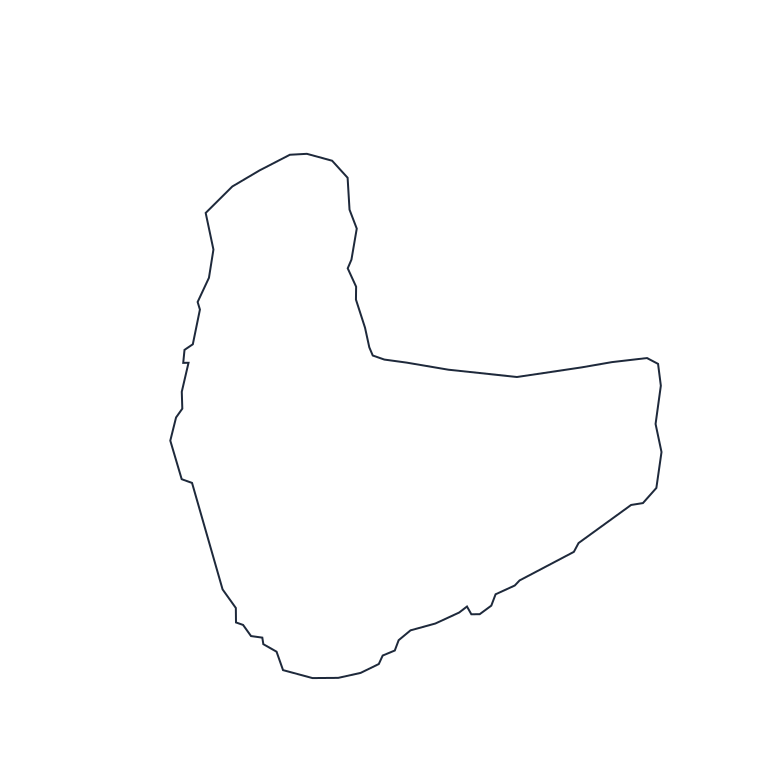 the district of Fono, Federated States of Micronesia, rotated 240°
{"feature_id": "79324940B33522966184784", "entity_name": "Fono", "entity_type": "district", "adm_level": 2, "iso_a3": "FSM", "parent_name": "Federated States of Micronesia", "parent_adm1": "", "projection": "equal_earth", "projection_center": [151.881, 7.484], "detail": "fine", "context": "isolated", "style": "outline", "palette": "slate", "viewbox_px": 768, "rotation_deg": 240, "n_neighbors": 0, "source": "geoboundaries", "source_scale": "gbopen_adm2", "svg_char_len": 1042}
<svg xmlns="http://www.w3.org/2000/svg" viewBox="0 0 768 768"><g transform="rotate(240 384 384)"><path d="M136.8,351.8L138.4,366.1L146.1,375.5L144.1,396.5L146.1,403.2L143.7,464.5L149.0,473.0L155.7,537.5L151.4,548.7L157.8,567.9L186.3,590.3L213.6,599.2L244.1,622.9L264.4,631.4L275.0,624.7L289.0,592.3L299.6,563.4L323.6,502.6L364.2,446.9L391.2,414.3L405.0,396.5L414.3,388.5L423.1,389.6L442.2,395.7L471.1,401.9L482.2,408.5L502.3,410.4L508.0,418.0L532.2,438.1L552.2,441.3L580.8,455.6L603.3,450.7L621.9,432.3L629.6,417.1L631.2,383.1L630.9,351.4L621.3,315.1L585.7,303.5L563.5,285.5L548.2,263.6L540.5,261.8L514.0,238.3L513.3,228.3L502.7,220.7L500.1,225.3L478.4,205.0L463.5,197.0L459.0,187.2L441.8,170.6L402.7,161.2L394.3,168.3L286.8,141.5L264.1,143.7L251.5,136.6L245.8,141.5L232.2,142.8L225.2,151.8L219.0,149.4L205.9,157.1L186.7,153.5L165.1,175.0L152.4,197.4L145.5,219.3L144.1,239.5L149.5,247.1L147.8,260.1L154.8,268.6L157.4,283.8L150.9,308.7L148.5,334.8L149.8,344.6L140.9,344.5L136.8,351.8Z" fill="none" stroke="#1e293b" stroke-width="2"/></g></svg>